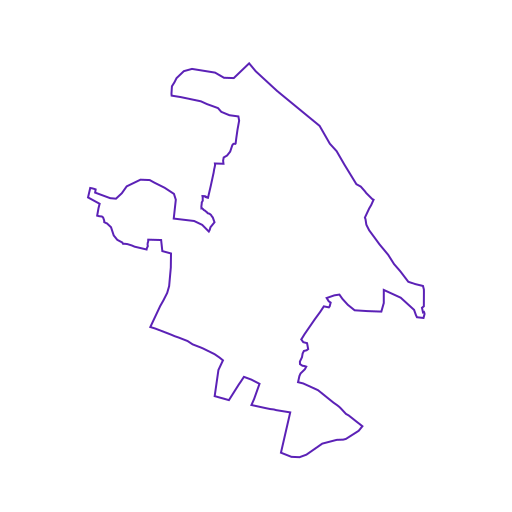 outline of Gwadabawa, Sokoto, Nigeria, rotated 286°
{"feature_id": "59680162B7305913438202", "entity_name": "Gwadabawa", "entity_type": "district", "adm_level": 2, "iso_a3": "NGA", "parent_name": "Nigeria", "parent_adm1": "Sokoto", "projection": "robinson", "projection_center": [5.311, 13.424], "detail": "fine", "context": "isolated", "style": "outline", "palette": "violet", "viewbox_px": 512, "rotation_deg": 286, "n_neighbors": 0, "source": "geoboundaries", "source_scale": "gbopen_adm2", "svg_char_len": 3327}
<svg xmlns="http://www.w3.org/2000/svg" viewBox="0 0 512 512"><g transform="rotate(286 256 256)"><path d="M273.2,424.8L272.9,416.6L273.2,409.5L281.1,398.9L286.3,390.9L293.6,382.7L301.3,371.4L304.5,367.3L311.9,357.7L314.8,355.0L316.2,353.7L317.0,353.2L321.6,351.1L322.9,350.1L332.9,351.7L336.8,352.7L342.5,353.5L342.8,352.0L346.9,344.6L348.2,342.9L351.6,337.6L352.7,332.7L368.2,315.8L379.0,304.6L384.3,296.0L398.4,281.5L398.6,281.3L420.5,230.7L433.5,204.8L439.3,196.3L420.9,185.6L418.5,176.1L421.0,166.1L418.2,142.9L413.8,135.7L405.1,130.6L400.4,129.7L396.0,128.4L388.7,130.0L386.9,130.7L388.0,139.7L389.5,160.4L388.5,167.1L388.2,171.7L387.7,178.7L385.0,182.9L384.0,191.6L385.3,200.6L381.4,202.5L372.3,203.4L363.6,204.6L358.5,205.4L358.1,205.2L357.9,204.3L357.6,203.4L356.1,202.7L349.2,202.4L344.6,200.5L341.8,197.8L338.6,198.1L335.7,199.3L333.6,191.0L332.2,191.6L329.9,191.8L327.7,191.9L324.4,192.3L310.6,193.2L298.7,193.8L298.7,192.7L298.8,191.9L299.2,191.8L299.2,191.5L299.1,191.2L298.9,191.0L299.1,190.8L299.3,190.8L299.4,190.7L299.4,190.3L298.9,188.0L298.4,188.2L297.8,188.5L297.6,188.7L296.7,188.9L296.2,189.0L294.8,189.5L294.2,189.5L293.0,189.2L292.5,189.1L291.3,189.4L288.6,189.8L286.8,190.4L287.0,190.7L286.8,190.8L286.6,191.9L285.8,193.2L285.5,194.6L284.9,195.7L284.8,196.2L284.4,197.0L283.9,197.6L283.8,197.8L283.8,199.5L283.4,200.7L283.0,201.5L281.8,202.8L281.2,203.8L277.0,206.8L271.1,204.3L268.3,204.3L266.5,203.9L271.1,195.7L272.6,186.9L269.3,166.6L288.0,163.4L293.1,160.0L296.4,149.4L298.5,138.1L299.7,132.9L297.5,123.9L287.3,112.5L279.3,109.7L272.5,105.6L271.4,99.9L272.6,83.9L275.8,83.5L275.9,82.2L275.9,80.2L275.7,77.9L266.0,78.4L265.3,81.5L263.1,91.3L258.8,91.4L251.0,92.2L251.0,94.2L251.5,96.9L250.9,98.4L248.4,100.2L246.7,100.8L246.3,103.0L246.3,103.7L243.7,108.7L236.5,113.6L233.3,118.2L232.1,123.8L231.1,124.8L231.6,126.6L232.0,129.1L231.9,133.7L231.5,136.7L232.1,149.0L233.2,148.9L235.7,149.3L237.1,148.6L238.8,148.3L240.0,148.4L242.0,147.9L245.2,160.4L234.9,164.6L235.0,173.6L221.4,177.3L203.1,180.8L196.0,180.8L187.7,179.2L181.5,177.7L158.6,174.0L158.5,179.1L157.0,196.0L156.5,200.0L156.3,204.1L155.4,213.7L153.6,219.4L153.0,226.1L152.9,227.5L152.5,230.7L150.2,243.3L148.4,248.7L146.6,253.0L136.1,251.3L109.9,254.9L110.0,269.7L127.8,274.9L130.7,275.9L136.5,277.7L135.9,285.6L134.1,294.6L118.1,293.6L111.5,292.7L112.4,306.7L112.8,311.9L113.4,315.5L113.4,317.8L115.1,332.0L73.8,334.2L72.7,345.4L74.6,353.3L78.9,359.2L93.9,371.4L101.0,383.4L101.6,384.5L103.5,390.4L104.9,392.8L116.3,402.9L121.7,405.2L124.6,398.0L126.3,393.9L128.3,389.0L129.0,386.0L133.1,379.2L133.5,378.4L133.8,377.9L134.4,376.5L135.0,375.0L136.4,370.9L144.1,352.6L146.5,336.5L146.3,331.2L152.6,330.8L155.4,331.2L160.6,334.2L163.5,334.8L163.6,333.0L163.3,330.9L164.2,328.1L166.6,327.3L171.4,328.1L175.2,327.7L177.9,328.2L179.3,330.6L180.9,331.8L186.3,329.1L186.2,325.2L188.3,322.5L190.6,323.2L194.2,324.2L211.5,330.0L219.9,333.1L226.3,335.1L226.7,340.2L228.0,340.7L231.8,340.6L232.5,338.4L235.1,335.5L239.8,342.2L241.9,346.8L238.6,350.9L234.4,357.7L231.0,365.8L233.7,378.1L237.1,391.8L246.0,391.8L258.6,388.2L255.8,406.6L247.8,422.8L243.3,426.0L241.5,427.6L242.6,434.1L246.7,434.0L247.7,433.5L248.5,432.9L247.8,432.1L252.0,429.8L253.9,431.2L267.8,427.3L270.1,426.6L273.2,424.8Z" fill="none" stroke="#5b21b6" stroke-width="2"/></g></svg>